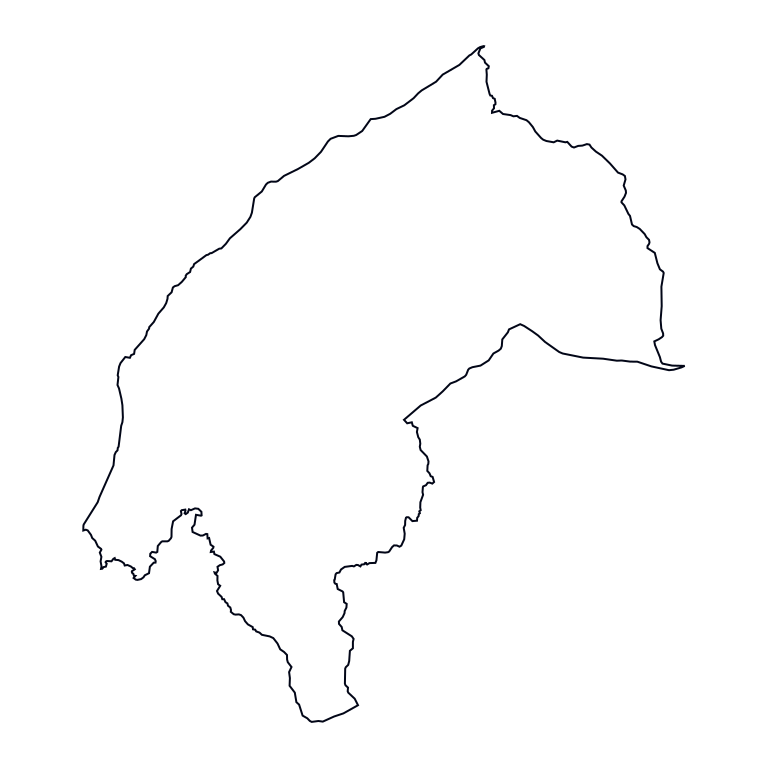 Cunday, Tolima, Colombia
{"feature_id": "7082276B4490552230449", "entity_name": "Cunday", "entity_type": "district", "adm_level": 2, "iso_a3": "COL", "parent_name": "Colombia", "parent_adm1": "Tolima", "projection": "mercator", "projection_center": [-74.711, 3.967], "detail": "fine", "context": "isolated", "style": "outline", "palette": "ink", "viewbox_px": 768, "rotation_deg": 0, "n_neighbors": 0, "source": "geoboundaries", "source_scale": "gbopen_adm2", "svg_char_len": 6086}
<svg xmlns="http://www.w3.org/2000/svg" viewBox="0 0 768 768"><path d="M322.8,721.6L334.1,716.5L343.4,713.4L358.0,705.2L354.7,698.7L348.3,692.7L347.7,691.3L348.0,687.6L345.5,685.3L344.9,683.6L345.2,668.6L345.8,667.2L348.2,664.9L349.2,661.0L349.9,650.8L352.9,648.3L352.9,641.9L353.6,638.9L351.8,636.3L342.4,630.3L341.7,627.0L339.0,623.9L338.9,621.5L342.7,617.1L344.5,613.2L344.7,611.0L346.4,607.6L346.7,603.9L344.1,602.2L343.2,592.3L342.5,591.4L337.7,589.0L336.7,584.0L335.4,583.8L334.4,582.6L334.2,580.1L334.7,579.7L335.6,574.3L336.6,573.1L339.4,572.5L341.0,569.5L344.7,566.9L352.1,565.9L353.9,566.4L356.3,564.9L357.9,565.0L360.4,566.4L361.5,564.6L364.1,564.3L365.2,562.9L366.1,563.0L366.2,563.9L367.1,564.5L369.5,563.1L375.4,562.9L376.4,560.4L377.2,552.8L378.2,552.0L385.1,552.6L388.0,552.2L389.2,551.5L392.1,547.1L394.0,545.4L396.9,545.5L399.5,546.7L401.3,545.6L404.2,539.3L404.7,533.7L403.7,527.8L405.1,525.0L405.2,520.9L406.0,517.7L406.8,517.2L408.6,517.3L412.4,521.1L417.0,520.7L417.2,517.8L418.6,516.1L418.8,514.1L419.9,513.2L419.3,511.3L420.7,510.2L420.2,507.6L420.4,502.2L423.1,494.8L422.5,492.2L422.9,487.1L423.2,486.4L426.0,485.2L427.7,482.8L429.7,482.6L432.3,483.6L434.1,482.0L432.6,476.9L430.7,476.2L429.5,473.3L427.3,470.9L427.6,465.3L428.3,463.9L428.5,461.4L426.9,456.5L420.6,450.0L419.8,446.7L420.3,443.7L419.8,439.6L418.3,437.3L416.9,432.0L417.6,428.1L412.8,425.8L411.8,422.3L407.2,423.3L404.0,419.8L420.7,405.5L435.8,397.6L442.7,391.4L450.4,383.5L456.0,381.4L464.8,376.4L466.2,374.8L468.2,369.7L469.3,368.5L472.4,367.2L480.5,365.6L488.7,360.4L493.4,353.5L498.6,350.6L500.8,348.7L501.8,346.1L502.3,339.4L507.9,332.3L509.0,329.4L520.2,324.2L524.2,326.0L532.3,331.3L538.1,335.5L545.1,342.0L559.2,352.0L562.7,353.5L583.1,357.6L603.1,358.7L616.9,360.7L621.7,360.5L630.1,361.6L637.4,361.7L651.4,366.4L669.0,370.2L673.7,369.7L681.5,367.4L684.7,365.9L672.1,365.6L662.5,363.6L661.1,361.7L659.9,357.1L655.0,345.1L654.3,341.4L658.7,339.3L662.0,337.1L663.2,335.7L663.1,333.4L661.3,328.7L660.6,320.2L661.7,306.1L661.4,286.7L663.7,273.0L663.1,271.7L659.9,269.3L657.4,263.2L654.8,252.9L647.5,248.1L647.5,246.1L649.1,243.8L649.5,242.3L649.0,239.8L646.4,237.2L644.7,234.1L639.7,228.9L636.7,227.0L633.7,226.1L632.0,224.5L630.0,215.9L628.4,213.9L624.3,205.4L621.5,202.4L621.5,201.3L624.5,196.7L626.0,192.9L625.8,190.5L623.7,185.6L625.5,179.4L624.9,176.0L622.7,174.4L618.0,172.6L609.9,163.4L602.0,155.7L595.9,151.6L591.4,147.5L589.5,144.6L586.9,144.1L582.4,145.6L578.2,145.9L574.0,147.5L571.6,146.6L567.3,141.9L565.4,142.3L557.2,140.6L553.7,142.3L546.4,141.0L543.2,139.7L541.1,138.0L535.3,131.5L532.9,127.1L528.9,122.2L526.5,120.2L519.7,117.9L517.0,115.9L513.4,116.3L510.6,115.1L503.0,114.0L499.3,110.8L492.0,112.8L492.1,110.6L494.0,108.3L493.9,105.2L495.4,104.3L495.5,102.6L494.7,98.8L493.0,98.1L492.0,95.8L490.3,95.5L489.6,94.0L486.5,81.8L486.8,74.7L486.4,69.6L486.7,68.9L488.4,68.3L488.8,66.2L485.0,62.6L484.4,60.0L478.9,55.0L478.4,53.3L480.4,48.4L483.9,46.9L484.1,46.2L483.6,46.1L480.1,47.1L478.0,48.3L471.2,54.5L469.4,55.4L459.4,64.9L442.7,74.6L436.1,81.7L421.7,90.4L418.2,93.3L413.6,98.2L404.3,105.3L396.4,109.1L390.2,113.8L384.5,116.8L375.5,118.8L370.7,119.1L362.2,131.0L356.2,135.0L353.8,135.8L348.4,136.3L338.3,135.9L330.6,138.8L327.9,141.5L321.0,151.8L314.7,158.3L308.8,162.8L297.8,169.1L284.0,175.9L277.8,181.1L275.9,181.7L271.0,181.6L267.8,182.8L266.0,184.5L261.8,191.5L254.8,197.2L254.2,198.4L251.9,212.7L250.4,216.9L246.7,222.7L240.4,229.1L229.9,238.3L225.9,243.8L221.4,248.4L219.2,248.7L211.6,253.1L210.2,253.2L208.1,254.7L206.4,255.1L194.1,264.1L193.3,266.6L190.9,268.6L190.1,272.0L186.7,274.2L185.7,275.8L185.8,277.1L181.9,281.8L178.1,285.2L174.6,286.2L172.9,287.5L171.6,292.3L167.7,296.0L167.5,298.8L166.2,303.1L163.8,307.4L158.4,313.6L153.8,322.0L149.2,327.2L149.1,328.6L147.0,331.5L146.3,335.1L144.2,339.2L134.7,349.9L134.1,353.9L131.1,355.2L129.9,357.8L125.3,357.0L120.5,363.1L119.1,366.6L117.7,375.3L118.4,377.0L117.5,385.0L119.0,388.4L121.4,398.7L122.4,405.2L122.9,417.4L122.4,422.2L121.2,425.8L118.6,446.7L117.8,447.9L117.5,450.4L115.8,452.1L114.5,455.0L113.5,465.4L99.5,497.0L97.7,502.2L83.7,524.5L83.4,525.8L83.3,530.5L85.8,529.7L87.7,530.4L91.0,534.9L92.2,538.0L95.2,540.7L97.9,546.5L101.1,548.9L101.4,549.7L99.8,552.6L101.4,556.8L100.6,561.4L101.5,566.3L101.0,568.9L102.3,568.7L103.5,567.1L105.9,566.6L106.7,563.7L105.6,562.3L105.8,561.6L107.0,561.0L111.5,561.3L113.4,558.8L114.7,558.1L115.2,559.8L118.5,560.1L121.8,561.7L124.0,563.4L124.7,565.5L127.5,565.0L130.9,566.5L132.8,568.1L134.0,568.2L134.8,569.3L132.0,571.1L131.8,571.9L132.4,573.3L133.3,573.7L133.9,575.7L135.4,575.9L133.6,578.0L135.7,579.6L137.4,579.9L141.1,579.1L143.5,577.3L144.8,575.3L149.0,573.2L149.9,566.7L153.7,562.7L155.5,562.6L155.7,561.1L154.9,559.2L150.1,556.2L150.3,553.7L152.1,551.9L156.1,552.6L157.3,551.9L157.8,546.0L161.1,542.1L162.3,541.3L167.5,541.3L168.7,540.8L170.9,538.3L171.5,536.9L171.6,529.0L173.1,521.3L181.0,515.3L181.5,514.1L180.9,511.1L181.7,510.2L185.3,509.6L185.5,510.6L184.6,513.3L185.7,514.1L187.8,512.6L189.0,509.3L190.9,510.2L195.0,508.4L198.3,508.8L201.4,511.8L201.6,515.4L201.0,515.7L196.0,514.8L194.5,524.7L192.0,527.6L192.6,532.0L200.5,535.6L202.9,535.5L206.0,533.9L207.3,534.1L207.6,538.4L209.1,538.0L210.6,544.7L213.5,546.7L213.3,547.8L211.1,550.5L210.8,552.0L213.9,551.6L214.4,554.1L220.3,556.7L224.1,561.5L224.3,563.0L222.7,564.4L219.8,565.2L217.5,566.8L218.1,570.3L216.5,572.9L214.5,572.4L214.9,573.6L217.5,575.9L217.4,580.5L218.1,584.2L220.2,585.8L217.0,591.0L218.1,593.6L221.6,596.9L222.3,599.2L224.1,599.2L225.5,602.2L227.4,603.4L228.0,605.7L230.3,607.5L231.0,610.0L230.8,611.8L231.9,612.7L233.7,614.2L235.5,614.6L238.9,614.4L241.0,615.1L243.4,617.6L245.1,621.2L247.9,624.4L252.7,627.1L253.0,629.3L255.2,629.7L256.2,631.4L259.5,632.6L261.9,634.8L269.7,636.4L273.3,638.1L277.5,643.5L280.2,649.3L284.1,652.0L287.0,655.0L287.1,659.6L287.8,662.2L291.5,667.0L289.1,672.1L289.9,678.1L289.6,685.8L294.8,692.6L296.4,702.2L299.1,704.6L302.6,715.6L307.3,718.3L309.8,720.9L311.7,721.9L318.4,721.0L322.8,721.6Z" fill="none" stroke="#020617" stroke-width="2"/></svg>